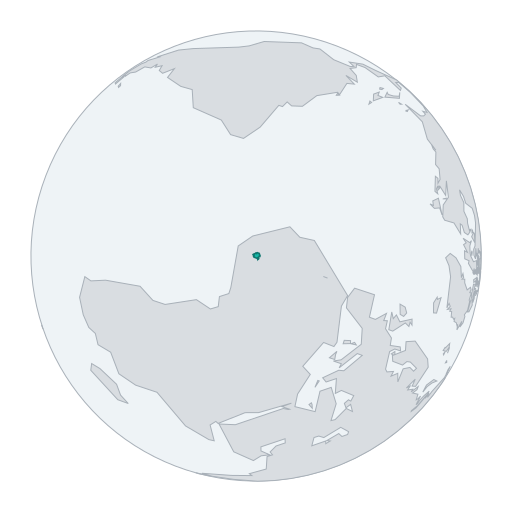 globe centered on Denguélé, rotated 111°
{"feature_id": "CIV-3437", "entity_name": "Denguélé", "entity_type": "Region", "adm_level": 1, "iso_a3": "CIV", "parent_name": "Ivory Coast", "parent_adm1": "", "projection": "orthographic", "projection_center": [-7.217, 9.491], "detail": "fine", "context": "on_globe", "style": "filled", "palette": "teal", "viewbox_px": 512, "rotation_deg": 111, "n_neighbors": 0, "source": "natural_earth", "source_scale": "10m", "svg_char_len": 9985}
<svg xmlns="http://www.w3.org/2000/svg" viewBox="0 0 512 512"><g transform="rotate(111 256 256)"><circle cx="256" cy="256" r="225" fill="#eef3f6" stroke="#a8b0b8"/><path d="M188.2,41.2L171.1,48.0L175.5,46.5L170.6,49.5L173.7,49.0L169.1,51.3L175.6,49.2L179.3,47.2L183.4,45.8L185.6,45.6L180.0,48.2L178.1,48.7L177.6,49.4L173.9,50.9L177.0,50.0L170.0,53.6L180.1,50.0L177.2,52.8L171.7,55.2L168.2,55.1L146.6,62.8L139.9,66.5L134.0,71.2L131.6,79.1L125.9,83.7L121.3,89.7L126.2,86.8L131.7,81.1L139.8,77.9L145.5,72.1L149.6,70.2L157.1,64.9L160.3,65.8L159.4,69.9L153.4,74.6L152.8,76.8L162.1,72.8L154.2,83.0L155.0,92.6L152.5,95.7L141.2,99.5L132.2,97.4L117.6,105.2L131.5,100.6L124.9,109.4L125.7,111.4L128.6,111.6L132.8,108.6L131.5,112.1L117.3,117.1L118.3,114.0L122.8,112.2L118.5,111.6L108.9,116.3L106.3,121.1L94.5,125.3L92.5,129.0L88.8,132.3L92.8,126.0L85.5,137.9L71.1,148.8L60.9,171.1L66.2,152.6L65.1,149.6L62.9,148.6L61.1,152.1L60.7,147.8L56.0,153.7L47.8,170.8L42.8,185.1L43.9,187.7L47.2,180.6L49.7,180.5L41.6,200.3L45.0,206.0L41.0,221.7L41.1,230.8L44.3,230.0L47.2,235.4L51.5,227.1L57.4,223.7L55.2,236.8L60.3,225.8L62.3,233.0L75.4,235.8L73.9,238.5L84.5,256.7L99.6,266.3L103.1,276.5L101.0,282.1L107.0,284.8L107.2,288.7L134.2,298.3L150.7,309.8L151.8,323.2L141.5,337.1L140.0,367.7L123.5,375.2L124.6,387.0L121.0,402.6L110.3,399.3L118.9,408.7L117.5,412.8L112.0,411.9L115.9,417.7L112.1,416.8L118.1,421.5L119.3,427.6L127.4,434.3L130.2,439.1L135.7,442.9L134.1,442.4L134.2,443.2L136.7,445.1L128.4,440.3L117.7,431.9L114.5,428.3L112.2,426.9L104.6,417.2L104.8,418.7L91.5,402.1L84.8,388.8L67.2,347.0L62.3,337.7L52.8,325.2L40.7,289.9L41.3,277.4L39.8,270.5L44.9,253.8L45.3,235.8L43.9,232.6L41.5,238.4L38.6,225.0L39.9,211.0L41.3,187.7L46.9,172.1L53.6,157.0L61.5,142.4L70.4,128.4L80.3,115.0L91.1,102.5L102.9,90.8L115.4,80.0L128.8,70.1L142.8,61.2L157.4,53.4L172.6,46.7L188.2,41.2ZM57.4,178.6L61.5,192.6L56.2,192.2L57.8,190.5L57.4,185.2L55.6,179.6L51.7,180.4L57.4,178.6ZM66.0,167.6L65.0,166.2L66.4,166.7L66.0,167.6ZM154.8,64.8L155.9,64.9L154.0,65.8L154.8,64.8ZM157.0,62.7L154.0,63.8L154.6,62.9L156.5,62.3L157.0,62.7ZM160.7,61.6L156.0,61.3L157.1,60.0L165.2,56.4L160.7,61.6ZM179.5,46.8L175.7,48.8L176.8,47.4L179.5,46.8ZM179.2,46.3L176.8,45.4L183.5,42.9L183.0,43.4L190.0,40.8L194.5,39.9L191.6,41.2L186.4,42.9L192.1,41.3L179.2,46.3ZM185.1,45.2L184.0,45.0L189.8,42.7L193.0,42.6L190.1,43.4L185.1,45.2ZM189.7,40.7L194.5,39.3L199.5,38.1L202.0,37.4L195.2,39.7L189.7,40.7ZM189.9,43.8L194.5,42.7L193.8,43.8L186.6,45.2L189.9,43.8ZM189.9,42.2L192.8,41.2L192.2,41.7L189.9,42.2ZM193.9,47.6L192.5,47.0L195.3,45.7L193.9,47.6ZM196.2,42.3L196.5,42.0L197.4,41.5L200.2,41.1L196.2,42.3ZM199.1,38.9L200.2,38.8L202.2,37.8L206.0,37.3L200.7,39.0L204.6,38.0L205.7,37.9L200.1,39.5L199.1,38.9ZM205.9,39.4L200.6,42.1L202.6,43.2L200.1,44.3L197.3,42.4L205.9,39.4ZM203.0,39.3L204.3,39.6L200.5,40.6L197.4,41.0L203.0,39.3ZM210.4,36.4L206.0,36.8L207.3,36.4L210.4,36.4ZM207.3,39.5L208.5,38.9L207.8,39.4L207.3,39.5ZM210.3,37.0L208.5,37.1L210.1,36.7L210.3,37.0ZM212.5,37.8L210.8,38.5L208.6,38.8L212.5,37.8ZM212.1,37.2L214.6,36.7L208.8,38.4L211.1,37.3L212.1,37.2ZM212.0,36.6L212.3,36.4L212.5,36.6L212.0,36.6ZM221.9,36.9L215.1,39.0L210.3,39.3L217.5,37.1L221.9,36.9ZM144.8,449.6L130.3,441.7L137.3,445.5L135.9,443.4L145.8,448.8L144.8,449.6ZM143.4,444.2L145.5,443.5L147.9,444.7L146.9,445.5L143.4,444.2ZM465.7,173.8L472.5,196.7L477.3,217.9L478.2,228.6L469.7,200.5L462.5,181.2L461.6,184.2L451.2,170.1L439.3,173.8L435.7,169.3L433.9,172.6L426.2,169.2L420.0,161.7L416.2,163.4L432.4,183.0L436.2,181.5L436.7,172.0L440.7,179.6L447.9,185.1L446.8,206.6L426.1,230.3L420.9,214.8L388.6,175.9L387.8,171.1L387.6,170.6L387.0,169.7L387.3,177.7L380.7,170.2L401.3,197.5L406.2,210.1L425.9,231.4L424.8,234.2L430.2,238.3L443.5,228.8L444.3,234.2L439.9,260.9L418.7,299.6L419.7,322.1L415.1,341.8L397.9,357.2L395.4,371.7L385.9,378.2L382.6,386.5L372.8,396.2L357.8,405.9L336.6,408.4L338.4,401.2L332.5,387.8L325.8,353.4L334.4,336.3L333.8,323.5L318.1,296.0L321.8,279.6L316.8,273.1L307.0,275.6L300.8,267.9L294.5,268.2L253.0,276.2L238.5,266.2L216.6,234.8L222.8,221.8L220.6,207.1L260.1,156.3L272.2,158.3L307.5,149.5L312.6,150.8L312.5,161.9L342.2,172.8L347.1,162.9L370.0,167.7L382.7,165.7L380.1,145.0L359.3,147.8L351.7,138.7L365.2,128.2L382.8,127.0L380.4,123.5L366.0,117.1L366.6,110.2L360.6,114.5L365.5,117.6L361.9,120.7L357.1,118.1L357.5,115.5L351.3,114.7L350.9,128.1L355.9,132.7L341.6,137.0L348.5,145.4L345.8,150.1L333.0,137.8L331.7,132.9L310.7,121.2L310.8,126.5L330.6,138.3L326.0,137.7L326.3,146.1L322.4,139.3L300.7,126.1L285.5,130.9L272.0,153.0L261.9,155.6L250.7,152.4L249.7,131.5L272.5,128.2L272.4,121.8L262.8,113.6L270.5,113.6L269.4,110.2L277.5,109.0L284.0,100.2L291.4,98.6L289.2,88.8L292.8,87.0L293.1,93.1L297.3,97.0L315.2,94.5L317.3,92.2L314.5,86.3L319.8,86.9L314.7,81.6L322.7,78.5L308.6,78.2L304.9,72.4L307.1,67.6L303.3,65.9L299.7,73.9L300.5,77.3L305.3,80.1L305.3,90.6L300.1,93.0L290.6,82.6L282.2,85.2L278.4,76.9L290.6,58.9L298.1,55.4L320.5,60.3L321.5,63.6L313.9,63.2L325.3,68.3L322.2,65.5L326.7,66.4L324.2,61.9L327.2,62.4L319.7,57.8L323.1,57.8L327.8,60.7L327.0,55.3L332.8,54.9L331.2,53.6L327.8,52.2L337.5,53.3L335.8,52.3L332.1,51.5L326.4,49.2L320.1,45.9L323.7,46.4L326.5,47.6L337.9,51.6L344.7,55.5L345.5,55.4L340.5,52.2L326.7,47.3L321.8,45.3L328.3,47.1L325.6,46.2L324.3,45.4L326.5,45.2L319.4,43.2L300.6,36.0L303.0,35.8L310.9,37.7L306.2,36.4L322.5,40.8L338.4,46.3L353.8,53.1L368.7,61.0L383.0,69.9L396.5,79.9L409.3,90.9L421.2,102.8L432.2,115.6L442.2,129.2L451.1,143.4L459.0,158.3L465.7,173.8ZM251.0,181.3L251.0,185.7L251.0,185.8L251.0,181.3ZM404.7,136.8L413.2,135.9L403.7,124.6L406.2,123.6L402.1,120.4L403.0,123.8L392.1,115.1L393.7,111.1L389.8,106.5L386.8,106.6L385.6,115.5L401.2,127.6L401.6,132.9L404.7,136.8ZM75.9,235.7L77.2,238.6L74.9,238.2L75.9,235.7ZM53.9,197.1L55.5,198.1L55.9,200.4L54.3,200.6L53.9,197.1ZM71.2,203.1L73.8,205.0L70.5,205.2L71.2,203.1ZM62.5,194.5L69.1,202.1L62.7,204.2L58.8,199.7L62.4,199.7L62.5,194.5ZM62.1,174.5L62.7,175.8L61.5,178.0L62.1,174.5ZM67.0,168.0L66.5,168.1L66.8,166.0L67.0,168.0ZM125.8,109.1L126.9,108.8L129.2,109.7L126.7,110.8L125.8,109.1ZM147.6,106.5L145.0,112.2L145.2,108.5L141.2,110.7L136.7,106.4L151.0,97.0L145.3,101.8L147.6,106.5ZM134.5,98.9L135.8,102.1L133.8,99.0L134.5,98.9ZM255.2,94.9L259.5,96.5L258.8,100.5L249.3,104.3L250.3,98.4L255.2,94.9ZM265.9,98.1L259.0,87.7L264.6,85.6L262.6,88.4L267.0,88.0L265.0,92.6L277.1,101.4L277.2,105.6L259.6,109.2L265.3,105.4L260.7,103.8L265.9,98.1ZM231.5,71.1L228.6,68.3L244.6,67.0L245.5,69.9L236.1,73.4L229.5,72.1L231.5,71.1ZM175.9,56.1L173.7,56.3L175.3,55.4L178.4,54.6L175.9,56.1ZM193.0,47.5L186.8,55.0L184.1,55.4L183.8,60.1L176.4,63.2L176.8,59.9L171.0,66.3L168.4,64.5L165.2,69.0L166.9,61.2L164.4,60.4L170.0,60.0L176.9,57.0L179.1,55.5L183.4,50.9L181.3,48.5L187.8,45.8L192.9,44.5L194.4,44.7L189.7,46.3L195.1,45.4L189.5,47.8L193.0,47.5ZM249.3,40.2L243.2,40.4L253.0,42.0L247.5,43.2L249.0,43.4L246.5,45.1L246.1,47.7L243.0,48.1L244.2,49.0L242.6,50.5L243.2,51.9L237.8,53.4L238.1,55.4L235.4,55.0L237.3,58.2L233.4,56.6L231.0,58.8L236.0,59.2L205.6,66.9L195.8,72.4L189.7,78.3L184.0,75.6L186.0,68.7L192.4,61.0L202.6,56.5L198.2,56.5L201.7,54.4L203.8,55.3L202.8,52.8L206.3,51.5L212.0,46.7L208.4,44.6L210.4,43.1L213.6,43.3L213.3,41.7L220.7,41.2L222.2,40.2L231.0,39.0L236.2,40.4L237.6,39.3L244.3,38.8L249.3,40.2ZM224.4,36.5L231.8,37.2L232.4,38.4L216.9,40.0L214.4,41.0L204.4,42.8L203.8,41.1L206.7,40.7L209.4,40.0L208.5,40.7L211.2,39.6L215.3,39.1L218.5,38.1L220.0,38.5L224.4,36.5ZM316.0,146.3L319.5,146.4L324.4,145.4L324.7,151.0L316.0,146.3ZM301.1,137.4L303.9,136.4L306.7,143.2L303.1,143.4L301.1,137.4ZM303.1,130.5L303.9,135.9L301.3,133.0L303.1,130.5ZM295.4,92.1L298.1,91.1L299.3,92.4L298.9,94.6L295.4,92.1ZM277.2,47.4L273.6,46.7L273.8,46.2L268.3,43.8L272.0,43.0L276.8,44.2L277.2,47.4ZM378.0,148.9L375.7,153.3L373.2,151.7L374.5,150.5L378.0,148.9ZM350.0,152.2L357.5,153.9L350.0,153.7L350.0,152.2ZM280.3,46.1L277.5,45.1L281.1,45.4L280.3,46.1ZM274.4,42.4L278.1,42.4L271.8,42.6L274.4,42.4ZM400.6,428.6L398.2,430.7L397.1,431.5L400.6,428.6ZM439.7,333.5L421.9,369.3L415.3,370.9L417.0,361.4L425.7,340.2L434.4,332.6L439.5,322.4L439.7,333.5ZM477.7,219.8L479.8,231.7L479.9,234.5L477.7,219.8ZM307.9,42.4L311.5,46.2L316.6,49.4L323.3,51.5L315.4,50.6L307.6,45.7L307.9,42.4ZM301.2,36.5L295.3,35.4L296.7,35.3L298.2,35.6L301.2,36.5ZM298.4,36.2L293.4,36.0L289.4,35.1L294.1,35.4L298.4,36.2ZM287.1,39.8L287.9,40.9L285.1,40.5L287.1,39.8Z" fill="#d9dde1" stroke="#a8b0b8" stroke-width="1"/><path d="M252.4,254.5L252.4,254.4L252.3,254.2L252.5,253.8L252.7,253.7L252.8,253.7L253.0,253.4L253.3,253.3L253.4,253.2L253.5,253.2L253.8,253.0L253.8,252.9L253.8,252.7L254.0,252.6L254.1,252.4L254.3,252.3L254.5,252.4L254.8,252.3L254.8,252.2L255.0,252.2L255.0,252.3L255.1,252.5L255.3,252.6L255.4,252.9L255.4,253.0L255.5,253.0L256.0,253.1L256.4,253.2L256.5,253.2L256.6,253.3L256.8,253.4L257.0,253.4L257.0,253.2L256.9,253.1L256.9,252.7L257.0,252.6L257.3,252.7L257.6,252.5L257.8,252.6L258.0,252.7L258.3,252.8L258.3,253.0L258.5,253.1L258.4,253.2L258.4,253.3L258.5,253.3L258.4,253.4L258.1,253.5L257.9,253.6L257.7,253.5L257.7,253.4L257.6,253.5L257.4,253.5L257.3,253.8L257.2,253.8L257.1,254.0L257.6,254.2L257.7,254.3L257.8,254.4L257.8,254.5L257.8,254.8L257.8,255.0L257.8,255.3L257.7,255.4L257.7,255.5L257.7,255.8L257.8,255.8L257.8,256.0L257.7,256.1L257.7,256.3L257.7,256.5L257.8,256.8L257.9,257.0L257.9,257.3L257.8,257.5L257.7,257.6L257.3,257.7L257.2,257.7L257.2,257.8L257.2,258.1L256.9,258.1L256.7,258.1L256.5,257.9L256.4,257.9L256.3,258.0L256.2,258.0L255.9,258.1L256.0,258.2L256.0,258.3L256.0,258.5L256.1,258.8L256.0,259.1L256.0,259.3L256.0,259.5L256.1,259.8L256.0,259.7L255.9,259.6L255.8,259.4L255.7,259.4L255.5,259.2L255.4,259.1L255.2,259.0L255.1,258.8L254.9,258.7L254.5,258.3L254.4,258.2L254.1,257.8L254.0,257.6L253.9,257.6L253.7,257.5L253.6,257.4L253.4,257.3L253.2,257.2L253.4,256.7L253.5,256.3L253.3,256.3L253.2,256.3L252.9,256.4L252.7,256.4L252.4,256.0L252.4,255.9L252.3,255.7L252.5,254.6L252.4,254.5Z" fill="#14b8a6" stroke="#0f766e" stroke-width="1.5"/></g></svg>